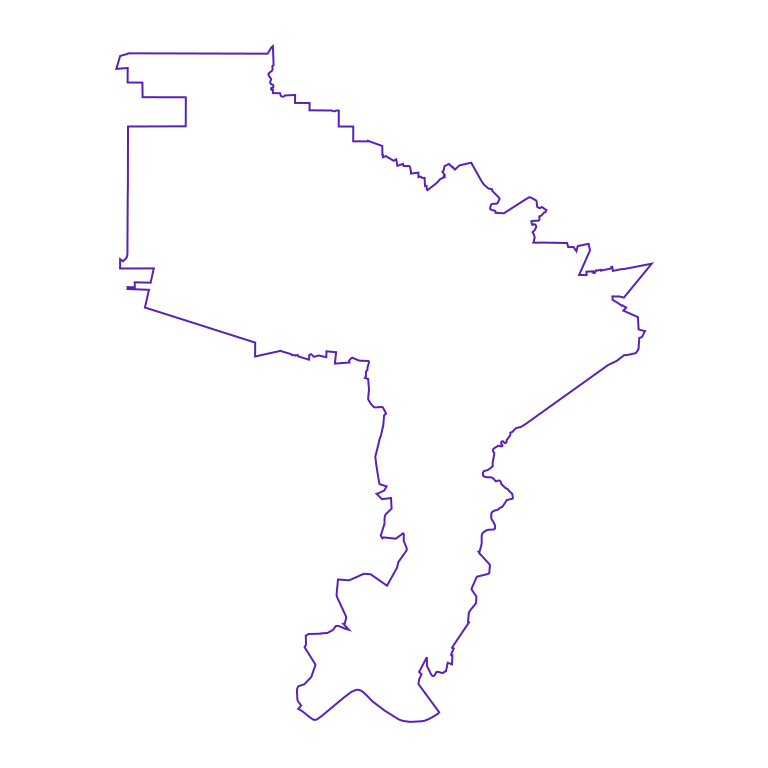 outline of Ebano, San Luis Potosí, Mexico
{"feature_id": "50627088B88107705873369", "entity_name": "Ebano", "entity_type": "district", "adm_level": 2, "iso_a3": "MEX", "parent_name": "Mexico", "parent_adm1": "San Luis Potosí", "projection": "albers", "projection_center": [-98.486, 22.169], "detail": "fine", "context": "isolated", "style": "outline", "palette": "violet", "viewbox_px": 768, "rotation_deg": 0, "n_neighbors": 0, "source": "geoboundaries", "source_scale": "gbopen_adm2", "svg_char_len": 6084}
<svg xmlns="http://www.w3.org/2000/svg" viewBox="0 0 768 768"><path d="M298.2,708.9L300.0,709.8L303.3,712.0L309.7,717.2L313.4,719.7L315.5,719.9L317.3,719.2L322.2,715.6L343.9,697.5L351.5,691.8L356.1,689.9L358.4,689.8L360.8,690.6L363.1,692.1L365.3,694.0L372.6,701.5L384.4,710.4L398.7,719.4L401.6,720.5L404.9,721.2L410.5,721.9L421.4,721.3L424.9,720.7L430.2,718.4L438.1,713.7L439.2,712.3L418.4,684.0L419.2,679.2L421.5,674.3L419.1,671.9L426.9,657.2L427.0,665.6L427.2,666.4L431.1,674.4L431.8,675.3L432.8,676.0L433.9,675.9L434.6,675.2L436.4,672.0L438.5,671.9L441.7,672.9L443.0,672.9L443.8,672.6L444.3,671.8L446.0,671.1L447.7,662.7L452.0,664.3L452.4,655.8L451.9,655.6L452.1,655.1L451.0,654.7L453.7,648.5L452.1,647.8L452.9,646.3L469.0,622.3L468.0,621.9L468.9,612.4L470.2,610.4L476.0,603.2L476.4,596.5L471.8,589.8L471.6,589.0L471.7,588.3L476.1,578.2L476.9,576.7L488.5,573.8L489.3,573.0L489.9,565.1L489.7,564.5L479.3,553.2L479.4,552.7L478.5,551.7L479.6,551.3L481.2,545.9L481.7,543.4L481.7,535.5L482.1,534.3L482.7,533.0L483.6,532.2L486.5,530.3L489.1,529.7L494.0,529.5L494.6,529.0L495.0,528.3L495.1,526.3L494.7,524.7L493.7,522.5L491.4,518.9L491.2,518.1L491.4,513.2L492.6,511.6L494.8,510.4L495.9,510.3L498.4,509.4L500.1,507.7L502.0,507.0L502.9,506.1L506.8,500.0L512.6,498.7L512.9,498.1L512.4,494.6L511.9,493.5L509.8,491.7L508.0,489.5L505.1,487.7L501.3,484.0L500.9,482.0L499.8,480.7L498.2,480.5L496.6,481.2L495.8,481.3L492.7,477.9L490.7,477.3L486.1,477.2L484.4,476.6L483.1,475.7L482.9,472.8L483.9,471.1L487.3,470.2L489.4,469.0L492.8,466.1L492.6,463.1L494.3,453.8L494.2,452.9L493.1,451.4L492.9,450.3L493.2,449.3L493.8,448.5L498.0,445.9L498.9,445.8L500.8,446.4L502.1,446.3L502.5,445.7L502.4,445.3L501.6,444.5L501.1,443.5L501.4,441.9L501.7,441.4L503.1,441.3L504.3,442.8L505.1,443.1L505.7,442.9L506.2,442.5L506.6,442.0L506.5,440.3L510.2,435.4L510.4,434.4L510.2,433.0L510.8,432.4L512.5,431.9L514.2,429.8L516.0,428.3L518.6,427.4L520.6,427.1L524.5,424.8L608.0,365.1L616.7,360.9L624.2,355.1L626.4,355.2L636.0,353.1L638.5,349.0L639.3,337.9L641.8,337.2L645.1,331.1L640.2,330.0L638.6,329.2L637.9,317.1L623.4,310.7L626.2,307.6L622.4,305.3L621.6,305.7L618.9,303.6L612.6,299.8L612.4,296.4L619.4,296.5L623.9,297.6L651.7,263.7L623.3,269.2L622.2,269.0L612.9,270.9L612.2,266.8L611.4,266.9L611.6,268.4L601.0,270.6L601.0,269.8L596.5,270.7L596.0,270.4L595.2,272.0L594.5,271.8L594.5,273.0L592.7,272.6L592.9,271.3L586.4,271.7L586.6,275.0L579.1,275.0L590.0,250.4L588.6,243.8L577.7,246.1L576.4,251.2L573.5,247.0L568.2,247.1L567.1,243.0L543.0,242.6L533.4,242.7L534.7,237.7L533.9,234.4L532.5,232.2L534.6,230.2L535.1,229.4L536.0,227.5L536.2,226.1L535.3,224.7L534.6,224.2L534.0,224.2L533.2,224.8L532.3,224.8L531.6,223.4L531.8,222.0L531.4,221.3L532.3,220.9L538.3,220.7L539.0,220.2L539.5,219.1L539.3,216.7L539.6,216.2L541.1,215.8L544.2,212.5L545.6,212.1L546.0,210.6L546.4,210.1L541.9,207.0L539.7,208.2L538.0,207.4L537.3,206.9L537.0,206.1L536.7,201.8L536.2,200.5L530.5,197.4L529.7,197.3L528.9,197.4L522.1,201.6L503.9,213.3L495.5,212.8L495.5,211.4L495.1,210.9L490.9,209.6L490.4,209.2L490.1,208.1L490.4,206.9L491.2,204.5L491.7,204.1L492.3,203.9L496.5,203.7L497.5,203.2L499.5,199.2L499.5,198.5L499.2,197.9L492.3,190.9L492.0,189.2L488.8,188.6L487.9,188.1L484.5,185.1L483.3,183.7L481.6,181.3L471.2,162.7L459.4,165.4L454.9,169.6L452.8,167.0L452.4,167.4L449.0,163.9L444.5,166.2L443.6,170.5L442.4,171.8L444.8,175.0L443.7,176.1L444.7,177.1L440.3,179.0L436.5,183.2L427.5,190.1L426.7,189.1L426.6,185.9L425.0,185.9L424.6,177.9L422.0,177.8L420.5,176.6L418.4,177.1L418.4,172.7L411.0,173.5L411.0,171.4L410.6,170.2L410.2,167.6L409.4,166.1L403.6,166.0L403.0,163.9L397.4,165.8L396.2,159.3L393.7,160.8L385.8,156.1L382.9,157.2L382.9,155.0L382.4,155.0L382.3,146.0L367.9,140.8L367.8,141.4L353.2,141.3L353.3,126.5L338.7,126.5L338.8,110.5L336.0,110.5L335.1,111.2L333.0,111.2L331.8,110.5L309.5,110.3L309.6,103.0L295.0,102.9L295.1,95.0L285.3,95.4L283.7,96.5L282.2,96.7L281.5,96.4L280.7,95.6L280.1,93.2L272.9,93.1L272.9,89.8L271.5,89.8L271.1,89.1L271.0,88.5L271.2,88.0L271.6,87.8L273.2,87.5L273.4,85.5L272.8,84.7L271.4,84.3L270.4,83.5L270.1,82.0L271.2,79.3L270.7,78.3L268.6,75.4L268.5,74.6L268.5,73.8L269.3,72.9L272.2,70.5L272.6,69.3L272.3,66.9L272.6,65.7L273.6,65.2L272.9,46.1L271.5,47.3L267.6,53.7L128.2,53.3L127.7,53.9L120.2,55.9L116.3,68.9L127.7,68.0L127.6,82.5L142.4,82.6L142.6,97.2L185.8,97.3L185.8,111.8L185.7,126.3L128.0,126.5L127.9,184.7L127.7,199.2L127.4,254.5L126.5,257.9L123.0,261.3L120.1,259.1L120.1,268.5L153.8,268.4L150.6,282.7L134.7,282.3L134.8,287.3L127.5,287.1L127.5,289.0L149.0,289.8L144.9,307.5L255.2,342.6L255.1,356.5L280.9,350.8L282.2,351.5L291.0,354.1L291.5,354.7L293.1,355.2L293.8,355.1L295.5,355.6L295.7,355.2L297.9,355.2L298.1,356.3L309.0,359.7L309.2,358.3L309.1,355.6L309.5,354.8L310.9,354.2L311.8,354.7L313.4,356.6L314.5,356.7L318.7,355.5L326.3,357.2L326.5,351.3L336.1,352.2L334.9,363.6L349.5,362.5L349.1,361.5L349.2,360.5L351.4,358.0L352.4,357.7L358.3,360.3L359.7,360.7L368.5,361.0L369.0,361.7L368.7,363.5L367.5,367.5L367.4,370.1L366.4,371.1L365.9,372.2L365.9,376.3L364.9,378.0L368.2,379.0L369.0,389.9L368.1,398.8L368.3,399.5L369.4,401.5L371.0,403.9L373.6,406.8L374.4,407.3L375.1,407.4L381.7,407.0L382.5,407.2L383.2,408.0L386.0,413.3L386.1,413.7L384.7,414.6L384.1,415.5L383.3,425.1L380.7,436.6L380.1,437.4L375.3,456.7L376.4,465.7L378.8,480.7L379.6,484.2L386.6,486.3L384.2,490.6L378.0,493.4L376.6,493.8L382.0,499.2L391.0,498.0L391.6,508.7L385.7,514.2L384.6,517.3L384.5,523.7L380.7,535.6L382.5,538.4L383.7,537.4L395.8,538.7L403.1,533.3L403.8,534.1L403.7,540.9L406.4,547.4L406.8,549.1L406.3,550.9L398.4,562.0L397.0,567.8L387.0,585.7L370.7,574.3L363.9,573.8L349.2,580.3L338.0,579.5L336.6,594.0L336.8,596.5L346.0,616.4L346.2,617.5L344.7,623.9L343.4,623.9L348.9,629.8L345.4,628.8L339.9,626.5L337.4,625.8L335.8,626.1L333.0,629.9L327.4,633.0L320.9,633.4L320.7,633.7L308.6,634.0L305.8,635.7L306.0,644.7L304.6,647.2L315.1,664.0L315.4,664.6L315.3,665.4L311.3,676.9L304.7,683.9L304.0,684.4L299.0,686.0L298.1,686.6L297.2,688.7L296.9,689.9L297.4,699.9L297.9,701.1L301.2,705.6L298.2,708.9Z" fill="none" stroke="#5b21b6" stroke-width="2"/></svg>